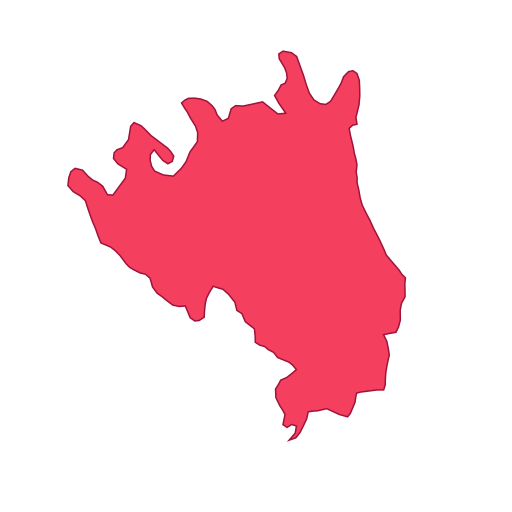 Rolador, Rio Grande do Sul, Brazil, rotated 341°
{"feature_id": "56859067B54223989013555", "entity_name": "Rolador", "entity_type": "district", "adm_level": 2, "iso_a3": "BRA", "parent_name": "Brazil", "parent_adm1": "Rio Grande do Sul", "projection": "natural_earth1", "projection_center": [-54.842, -28.264], "detail": "fine", "context": "isolated", "style": "filled", "palette": "rose", "viewbox_px": 512, "rotation_deg": 341, "n_neighbors": 0, "source": "geoboundaries", "source_scale": "gbopen_adm2", "svg_char_len": 2956}
<svg xmlns="http://www.w3.org/2000/svg" viewBox="0 0 512 512"><g transform="rotate(341 256 256)"><path d="M374.7,227.0L375.4,219.8L377.1,215.0L378.0,209.5L381.2,202.5L382.1,196.2L382.4,191.0L383.6,183.4L384.5,173.3L385.6,165.6L390.1,163.8L394.4,164.3L395.6,157.5L399.1,152.1L402.5,146.8L406.2,138.6L408.8,130.7L410.9,123.4L410.9,116.3L408.0,112.4L403.5,111.8L397.2,115.0L392.6,120.4L388.6,124.1L381.9,129.8L376.7,134.1L371.3,135.4L366.1,132.8L361.6,127.3L359.5,119.7L359.3,110.9L359.7,100.9L359.5,87.9L359.4,80.6L355.7,75.3L348.2,71.1L343.3,72.4L342.2,77.1L344.4,87.4L344.5,92.8L343.3,98.3L339.6,102.2L335.5,102.4L331.4,106.3L325.8,110.3L327.3,118.9L330.6,130.7L322.9,128.8L316.7,119.2L312.4,112.4L297.1,110.6L292.5,110.0L285.7,107.2L280.5,108.7L274.7,116.8L268.1,117.6L265.2,110.1L264.9,104.1L263.4,99.6L260.2,93.9L254.9,89.6L249.5,86.8L243.4,84.9L239.3,85.5L235.4,87.1L236.7,93.1L238.0,98.0L238.8,103.6L241.1,113.6L241.0,120.4L237.8,128.8L231.8,133.1L227.5,136.1L220.6,144.0L214.1,148.7L203.9,153.6L194.6,149.1L187.8,142.7L186.5,137.1L187.1,130.9L189.2,125.7L194.3,122.3L196.8,129.4L199.1,135.4L202.7,140.1L207.6,139.3L210.7,134.9L209.5,129.9L207.5,125.2L195.9,107.9L192.1,99.8L189.7,95.4L184.1,90.1L179.7,92.6L177.4,96.9L173.3,104.5L169.4,107.2L165.3,110.1L159.0,110.3L155.4,112.3L153.0,117.4L155.4,123.9L161.9,131.9L157.8,139.8L153.7,142.7L140.5,151.8L135.5,149.7L133.8,140.1L130.1,134.6L126.4,131.2L123.0,125.6L120.0,118.4L113.5,114.2L108.4,116.0L104.5,121.0L101.1,128.1L104.1,135.6L109.5,142.1L112.7,148.2L112.5,155.1L112.5,164.9L112.7,171.3L113.2,177.9L113.2,185.0L113.6,193.1L118.5,197.5L121.6,200.4L124.9,205.6L127.6,211.4L130.7,221.1L132.8,225.5L135.8,229.1L140.9,234.3L145.5,237.2L148.6,242.5L148.1,251.6L150.4,259.0L153.9,263.8L156.6,268.3L161.3,275.3L166.9,278.7L172.9,280.3L173.7,293.0L177.0,297.5L181.3,298.5L187.1,297.0L189.3,291.5L192.3,285.0L195.3,280.0L199.8,275.5L205.6,270.7L210.2,274.1L213.9,276.7L217.7,283.5L221.0,293.0L220.2,301.2L223.9,305.9L224.5,314.7L230.8,324.4L229.0,332.0L227.2,337.3L230.5,341.5L234.8,344.5L237.1,348.5L241.3,352.9L243.4,359.0L247.3,362.5L252.5,367.0L255.0,370.9L257.2,376.5L253.1,378.2L245.5,380.9L238.9,381.4L235.5,384.7L231.1,388.2L228.7,396.5L229.8,405.4L231.1,410.6L231.8,415.4L226.6,424.2L229.6,428.2L234.8,426.9L238.9,429.9L235.4,436.2L227.4,440.9L234.4,440.9L240.2,437.2L245.1,432.4L250.8,426.6L254.6,420.4L258.9,421.1L263.9,422.4L273.2,423.4L283.1,432.9L290.2,437.9L293.8,435.7L302.0,426.6L304.2,422.2L306.5,418.4L310.6,418.7L327.0,422.1L333.1,424.2L336.4,419.7L338.3,414.3L341.1,407.8L344.5,401.7L347.3,397.0L349.7,393.2L350.8,387.7L351.9,379.2L351.0,371.9L357.0,372.7L363.5,373.7L367.6,369.6L371.6,363.6L374.7,354.2L378.1,348.2L383.7,343.0L387.9,330.2L390.2,325.3L388.0,321.0L386.6,315.6L384.3,309.8L382.1,304.3L379.5,297.5L379.1,291.2L378.1,281.3L377.1,274.3L376.2,268.6L375.4,259.7L374.1,251.5L373.0,242.2L373.4,235.1L374.7,227.0Z" fill="#f43f5e" stroke="#9f1239" stroke-width="1.5"/></g></svg>